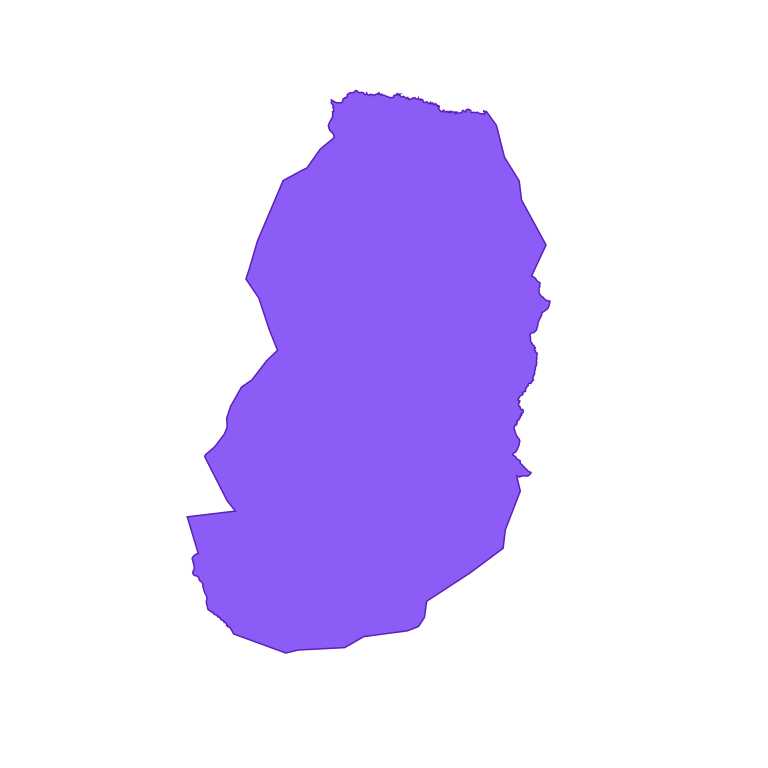 Mo'ngonmorit, Töv, Mongolia, rotated 25°
{"feature_id": "93677404B10296672671184", "entity_name": "Mo'ngonmorit", "entity_type": "district", "adm_level": 2, "iso_a3": "MNG", "parent_name": "Mongolia", "parent_adm1": "Töv", "projection": "equal_earth", "projection_center": [108.558, 48.538], "detail": "fine", "context": "isolated", "style": "filled", "palette": "violet", "viewbox_px": 768, "rotation_deg": 25, "n_neighbors": 0, "source": "geoboundaries", "source_scale": "gbopen_adm2", "svg_char_len": 6155}
<svg xmlns="http://www.w3.org/2000/svg" viewBox="0 0 768 768"><g transform="rotate(25 384 384)"><path d="M353.4,674.1L408.8,669.3L418.4,661.5L459.8,639.5L472.4,621.5L509.5,597.8L517.7,589.3L519.3,578.5L514.5,562.8L541.8,518.9L561.4,482.5L555.6,465.0L552.8,423.5L543.1,411.2L546.2,411.1L547.2,409.5L550.4,407.7L552.5,407.1L553.6,406.2L553.9,405.2L554.6,404.1L554.8,402.8L554.7,402.1L551.6,402.1L540.9,398.1L539.8,396.0L535.9,395.7L534.0,394.3L530.6,393.8L530.4,392.5L532.1,389.9L532.3,388.4L532.4,385.8L532.2,382.2L531.6,380.9L531.5,378.8L529.9,376.8L527.7,375.9L525.2,374.2L520.1,368.6L520.4,366.7L520.1,365.9L521.0,365.5L520.8,364.8L521.4,364.0L520.6,363.2L521.1,362.3L520.2,361.1L520.7,360.2L521.4,359.6L521.0,358.7L521.6,357.9L521.3,357.1L521.7,356.2L521.0,355.5L521.9,354.2L521.9,353.9L521.5,353.9L521.0,353.5L520.9,353.1L521.1,352.6L521.9,351.6L522.1,351.2L522.0,350.7L521.6,349.6L520.6,348.4L519.5,349.0L518.8,349.1L517.6,348.4L517.0,347.1L515.7,347.0L514.2,345.1L514.6,343.7L514.0,343.0L514.4,342.5L514.4,342.0L514.0,341.8L512.6,342.1L512.1,341.6L512.2,340.7L511.9,340.4L512.3,339.6L512.5,337.1L513.4,335.9L514.2,335.1L514.2,334.1L513.0,333.3L513.7,332.4L514.0,331.5L515.0,331.5L515.4,331.0L514.7,329.0L514.1,328.0L514.8,327.0L514.6,326.1L515.5,324.3L514.7,323.5L514.6,323.0L514.8,322.4L515.3,322.0L516.9,321.4L516.8,320.2L517.3,319.0L517.0,318.1L517.2,317.7L517.8,317.4L516.1,315.3L516.3,314.2L515.7,313.6L515.8,313.0L516.3,312.3L516.2,311.3L515.7,309.8L515.2,309.2L514.8,306.1L514.1,305.3L514.3,303.3L513.9,302.6L513.9,301.6L513.4,300.8L513.5,300.2L512.2,298.5L512.0,296.9L510.8,294.8L510.1,291.7L509.3,291.2L507.8,291.0L507.5,290.7L507.3,289.8L505.6,289.1L505.4,288.6L506.1,287.5L505.9,287.2L505.0,287.0L504.2,286.1L503.1,286.0L502.6,285.6L501.8,285.5L501.2,284.7L499.4,283.9L497.7,281.5L497.6,280.8L496.9,279.6L495.9,278.2L495.3,277.8L495.8,275.7L497.9,274.2L498.8,272.4L499.3,270.8L499.3,270.1L498.8,267.8L498.8,266.5L497.8,263.7L497.5,259.2L497.8,256.2L497.6,254.3L496.9,252.5L498.2,251.0L500.5,246.5L500.5,243.4L499.5,239.0L499.3,238.7L497.5,239.4L496.8,239.3L495.3,239.6L492.4,238.7L491.8,238.2L491.3,238.4L489.2,237.8L487.2,236.8L485.4,234.9L485.1,233.5L484.0,231.9L484.0,229.7L482.9,227.9L482.9,226.9L482.7,226.4L479.7,226.0L478.2,225.4L476.6,224.2L473.9,223.7L472.1,223.7L472.1,189.5L430.9,159.1L420.7,142.8L397.4,127.6L376.6,102.1L362.0,93.9L359.0,94.4L359.2,94.9L361.0,95.6L360.9,97.2L359.5,97.2L357.8,98.1L356.1,98.4L353.4,98.3L353.0,99.1L352.3,99.7L350.8,99.6L349.0,100.9L348.2,101.0L347.4,100.5L347.0,99.3L346.0,99.5L344.1,99.3L343.7,100.0L342.7,100.6L342.7,101.2L343.2,102.0L343.3,102.4L343.0,102.7L342.4,103.1L340.3,102.6L339.7,102.8L339.5,103.2L339.8,104.5L339.6,105.1L337.5,107.1L336.8,107.1L335.9,106.6L334.4,107.1L335.0,108.1L334.9,108.9L334.3,108.9L332.7,107.7L331.1,108.8L329.8,108.3L329.3,108.7L329.4,109.8L329.2,110.3L328.6,110.4L328.3,110.2L328.3,109.4L327.9,109.3L327.3,110.7L325.8,110.2L325.6,110.3L325.0,111.4L323.9,111.6L323.0,110.7L322.5,110.6L321.9,111.2L321.8,112.4L321.6,112.9L321.2,113.0L319.0,112.4L317.3,111.5L317.0,111.2L317.1,109.7L316.6,109.2L315.6,109.7L314.7,109.6L314.4,109.4L314.3,109.2L314.9,108.8L313.5,108.8L312.2,108.0L311.9,108.2L311.6,109.7L311.1,109.9L310.4,109.6L309.6,108.7L309.3,108.7L308.8,109.7L308.3,109.7L307.2,108.9L306.8,109.7L306.9,110.2L307.3,110.4L306.9,110.9L306.4,111.1L304.9,110.7L304.0,110.0L303.1,110.5L301.5,112.0L300.6,111.9L299.3,110.3L298.9,110.1L297.0,110.2L297.1,111.0L296.9,111.3L296.5,111.4L295.7,111.2L294.4,110.3L294.6,110.9L294.4,111.3L293.6,111.9L292.3,112.0L291.0,111.4L290.7,111.9L289.7,112.3L288.7,113.2L288.4,114.5L288.1,114.8L286.9,114.8L286.8,115.6L286.4,115.7L284.4,114.2L284.1,114.4L284.0,115.8L283.7,115.9L283.2,115.9L282.4,115.3L281.1,115.4L280.3,115.0L279.8,115.2L278.8,116.4L278.3,116.5L276.7,115.8L275.5,116.1L275.2,116.0L275.1,115.7L275.9,114.6L274.6,115.2L273.4,115.2L272.8,116.0L273.4,116.6L273.4,116.9L271.0,118.3L271.4,120.0L269.8,121.3L268.2,122.0L265.3,122.0L263.7,122.4L262.4,122.2L260.8,122.7L259.6,122.2L258.9,123.5L258.2,123.6L256.8,122.2L256.4,122.2L256.5,123.4L256.0,123.6L255.5,123.5L255.1,124.3L253.9,125.0L253.5,126.4L253.1,126.8L251.2,126.4L250.8,126.6L250.2,127.3L249.0,127.3L248.8,127.7L248.9,128.6L248.5,128.8L246.7,128.7L245.3,127.6L245.3,129.1L244.4,129.8L243.7,129.7L242.8,128.9L242.0,128.8L240.6,129.0L238.8,130.3L237.9,130.6L236.1,129.8L235.1,129.7L234.1,130.2L233.8,131.7L233.3,132.4L232.0,133.6L230.0,134.3L229.1,136.2L228.4,136.9L228.3,137.2L229.1,138.3L228.8,139.4L228.9,140.4L228.6,140.8L227.5,141.0L227.3,141.8L226.4,142.7L226.5,143.3L227.2,144.3L226.9,145.1L226.7,146.4L226.3,147.1L225.3,147.8L223.1,148.6L221.8,149.3L216.3,148.8L217.1,150.1L217.3,150.7L217.1,151.2L218.7,152.3L220.4,153.0L220.6,153.7L221.0,153.9L220.7,154.4L220.8,154.9L221.3,155.0L221.6,155.8L222.8,157.1L223.1,158.3L222.3,159.0L223.0,159.5L223.0,160.5L223.7,161.5L223.8,162.4L224.5,163.2L224.7,164.2L224.2,165.1L224.4,166.6L224.1,169.4L224.2,172.8L224.4,173.4L226.4,175.9L227.8,177.0L232.5,178.9L233.5,179.8L233.7,180.5L234.2,180.8L234.7,181.6L226.9,198.2L222.8,220.9L219.9,224.3L206.6,242.2L208.9,308.2L213.2,336.2L214.5,347.2L234.2,359.0L256.9,383.1L273.3,398.5L267.9,412.2L262.5,436.3L256.1,447.1L254.4,469.1L255.9,481.6L260.0,489.2L260.5,496.7L257.2,512.2L252.1,523.6L252.2,525.6L291.3,556.2L303.0,562.0L261.8,587.5L287.2,616.0L285.5,617.9L284.7,619.1L284.1,620.7L283.7,623.0L288.7,629.0L290.2,631.4L290.1,634.5L290.4,635.9L291.5,637.1L293.0,637.6L295.6,637.1L297.4,637.5L299.5,639.7L300.4,640.2L301.4,640.2L302.5,640.7L303.9,641.3L304.5,641.8L305.2,643.8L309.9,649.1L312.4,650.9L313.5,652.2L314.4,653.5L314.7,655.0L314.7,655.9L315.0,656.7L317.3,659.5L319.2,662.1L320.2,662.5L320.2,663.0L322.2,663.0L323.2,663.6L325.4,663.4L327.0,664.4L329.5,664.4L330.6,664.2L331.1,664.3L331.1,664.9L331.8,665.3L334.4,664.9L334.8,665.4L334.9,666.0L335.4,666.2L336.9,666.6L338.7,666.3L339.2,667.2L339.8,667.1L340.1,667.5L341.3,667.2L342.2,667.9L343.7,668.4L343.4,669.4L343.8,669.4L344.2,669.1L344.7,669.3L344.9,669.9L345.8,669.9L346.6,669.6L347.0,669.9L347.8,669.9L348.3,670.6L349.1,670.9L353.4,674.1Z" fill="#8b5cf6" stroke="#5b21b6" stroke-width="1.5"/></g></svg>